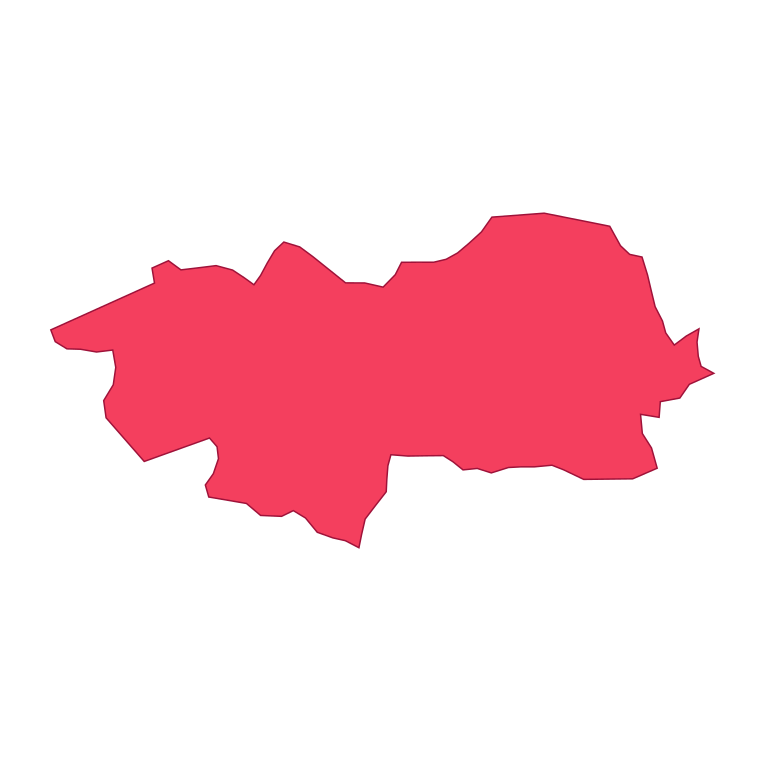 Bom Princípio, Rio Grande do Sul, Brazil (Mercator projection), rotated 87°
{"feature_id": "56859067B75170256943646", "entity_name": "Bom Princípio", "entity_type": "district", "adm_level": 2, "iso_a3": "BRA", "parent_name": "Brazil", "parent_adm1": "Rio Grande do Sul", "projection": "mercator", "projection_center": [-51.361, -29.474], "detail": "fine", "context": "isolated", "style": "filled", "palette": "rose", "viewbox_px": 768, "rotation_deg": 87, "n_neighbors": 0, "source": "geoboundaries", "source_scale": "gbopen_adm2", "svg_char_len": 1361}
<svg xmlns="http://www.w3.org/2000/svg" viewBox="0 0 768 768"><g transform="rotate(87 384 384)"><path d="M482.4,115.6L461.9,120.2L447.0,128.6L427.7,129.4L431.7,111.0L416.1,109.0L413.5,89.3L400.3,79.1L390.6,54.1L383.0,66.4L372.8,68.7L358.5,69.2L345.4,66.6L351.9,79.6L360.3,92.1L347.7,100.0L335.7,102.6L321.0,109.2L304.5,112.3L289.0,115.1L270.7,119.7L267.4,131.9L258.3,140.6L238.3,150.3L221.8,215.1L223.0,267.5L237.2,278.7L247.9,291.7L257.0,303.7L262.7,315.4L265.0,328.0L264.1,344.8L263.4,360.1L275.4,367.0L287.2,379.8L282.1,397.9L281.0,417.1L253.0,448.5L242.7,461.0L237.0,476.6L245.2,486.3L257.0,494.2L269.2,501.6L278.1,508.7L270.7,517.9L262.3,529.2L257.0,545.5L258.3,563.9L259.4,580.8L249.6,592.8L256.1,609.6L271.2,607.9L312.5,713.9L324.5,710.1L332.3,698.8L333.4,685.3L337.0,669.4L335.9,653.1L353.4,651.0L370.6,654.4L385.9,664.8L403.2,663.3L448.8,627.5L428.8,561.1L437.9,554.0L449.9,553.2L464.6,559.1L475.5,567.7L487.7,564.9L496.1,527.6L508.8,514.1L510.8,493.2L505.7,481.2L513.7,469.4L528.6,458.4L535.0,443.1L538.4,430.9L546.2,417.6L533.3,414.3L517.9,409.9L505.3,399.2L491.7,387.4L479.7,386.2L465.9,384.4L455.0,380.8L457.2,364.0L457.9,345.1L458.6,328.5L465.2,319.3L473.9,309.6L473.2,295.3L478.4,281.5L473.9,264.1L473.9,251.1L474.6,238.1L473.9,220.5L479.0,209.3L489.7,189.6L491.7,140.6L482.4,115.6Z" fill="#f43f5e" stroke="#9f1239" stroke-width="1.5"/></g></svg>